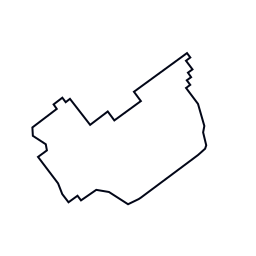 the district of Irwin, Georgia, United States of America, rotated 322°
{"feature_id": "52423323B58689815854296", "entity_name": "Irwin", "entity_type": "district", "adm_level": 2, "iso_a3": "USA", "parent_name": "United States of America", "parent_adm1": "Georgia", "projection": "albers", "projection_center": [-83.258, 31.621], "detail": "fine", "context": "isolated", "style": "outline", "palette": "ink", "viewbox_px": 256, "rotation_deg": 322, "n_neighbors": 0, "source": "geoboundaries", "source_scale": "gbopen_adm2", "svg_char_len": 629}
<svg xmlns="http://www.w3.org/2000/svg" viewBox="0 0 256 256"><g transform="rotate(322 128 128)"><path d="M166.5,192.4L176.0,191.8L179.0,189.8L184.5,177.7L189.4,173.4L198.0,152.1L198.4,132.2L203.6,132.3L203.7,126.6L209.0,126.8L209.3,121.3L214.9,121.5L215.1,110.7L220.5,110.8L220.6,105.3L155.0,103.1L154.7,114.7L121.9,113.6L122.2,102.5L100.1,102.2L100.2,69.3L94.8,69.3L94.9,63.7L83.9,63.6L83.6,69.1L53.0,68.7L48.2,75.6L53.2,90.2L50.3,95.7L39.3,95.4L38.8,128.6L35.5,139.6L35.4,149.9L46.5,150.3L46.4,156.1L64.9,157.2L73.6,166.7L81.1,188.1L92.7,190.6L95.2,190.8L166.5,192.4Z" fill="none" stroke="#020617" stroke-width="2"/></g></svg>